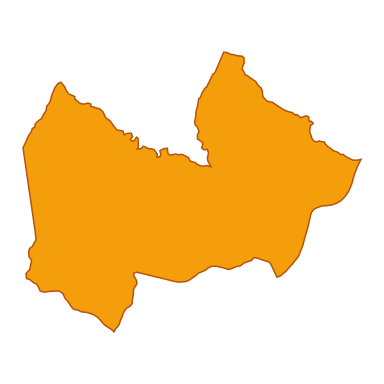 the district of Paranaiguara, Goiás, Brazil
{"feature_id": "56859067B61489046930449", "entity_name": "Paranaiguara", "entity_type": "district", "adm_level": 2, "iso_a3": "BRA", "parent_name": "Brazil", "parent_adm1": "Goiás", "projection": "mercator", "projection_center": [-50.615, -18.805], "detail": "fine", "context": "isolated", "style": "filled", "palette": "amber", "viewbox_px": 384, "rotation_deg": 0, "n_neighbors": 0, "source": "geoboundaries", "source_scale": "gbopen_adm2", "svg_char_len": 3458}
<svg xmlns="http://www.w3.org/2000/svg" viewBox="0 0 384 384"><path d="M361.0,159.3L357.4,160.2L352.6,160.1L345.5,156.4L343.1,154.3L341.1,154.8L337.5,152.1L333.3,150.7L330.2,148.0L328.3,147.0L326.7,145.6L324.0,141.8L321.8,141.8L319.0,140.9L317.1,141.8L314.2,141.3L312.2,138.9L309.6,131.6L310.4,125.8L313.2,123.5L311.5,121.3L309.0,121.3L308.7,116.8L306.2,115.8L300.6,117.7L297.2,114.7L294.5,114.7L292.4,112.6L288.6,111.7L285.8,110.8L282.6,109.1L272.2,102.2L268.2,101.5L266.2,100.5L263.0,96.7L262.0,89.9L261.0,88.0L258.4,85.7L255.8,81.6L249.5,77.3L247.4,75.5L245.1,74.9L243.9,71.6L242.2,69.5L242.7,66.4L244.2,62.9L244.0,57.7L242.1,56.2L237.1,55.7L233.9,54.7L230.3,54.3L227.6,52.7L223.8,52.1L214.9,72.7L212.7,74.4L206.7,86.9L205.1,88.0L203.5,90.6L201.9,93.2L200.6,97.1L198.6,99.1L197.6,105.8L195.8,112.4L196.0,114.8L195.5,117.9L194.7,121.4L195.1,124.9L197.3,127.1L199.0,131.4L197.5,134.7L197.4,138.9L201.6,141.7L203.0,143.8L201.6,147.8L204.0,149.9L207.1,149.3L208.5,152.3L208.0,155.6L207.3,158.0L208.1,161.6L209.2,163.6L211.0,166.7L207.3,165.6L205.0,165.9L202.1,166.2L197.4,164.6L195.2,162.5L193.0,162.0L190.0,160.9L188.8,158.0L186.3,156.4L181.5,154.3L178.8,154.9L175.6,154.0L170.2,155.2L167.9,153.4L167.4,148.3L163.6,148.7L159.9,150.7L160.8,154.4L159.9,156.8L156.9,157.0L157.3,154.0L153.9,149.4L150.6,148.7L148.2,148.6L145.7,147.1L143.3,146.3L141.2,148.6L137.3,149.0L138.4,146.6L138.2,142.6L138.1,138.5L136.5,137.2L134.0,140.8L131.8,140.9L130.1,139.7L132.6,136.7L131.2,133.1L127.2,133.4L124.1,134.8L122.9,131.0L119.5,130.4L116.7,129.9L113.8,126.0L110.0,120.8L107.8,119.1L106.0,118.2L104.7,115.5L102.9,111.7L99.5,108.7L97.3,108.3L93.8,107.1L90.9,106.5L90.9,104.0L87.8,103.1L84.7,104.0L81.6,103.9L78.8,102.6L77.5,101.0L74.6,98.9L74.9,96.6L72.2,95.4L69.1,94.2L67.3,92.1L65.6,89.2L65.0,87.2L60.9,82.2L58.0,83.5L54.8,87.8L51.8,95.2L50.2,101.3L49.1,103.4L46.8,106.0L46.0,110.7L43.8,114.0L41.5,118.5L37.6,121.4L35.3,123.8L34.7,127.4L32.4,128.3L31.4,131.5L28.2,136.3L27.0,139.4L25.0,143.7L23.0,147.7L35.3,232.4L36.1,240.4L34.5,242.1L32.4,246.4L29.7,248.4L28.7,251.2L29.0,256.8L31.6,260.4L29.7,269.6L27.6,271.8L26.0,273.7L26.6,278.6L29.5,279.4L33.2,282.3L36.7,284.3L38.5,287.1L40.1,291.0L43.7,292.1L51.6,291.2L58.8,291.0L61.1,292.1L62.9,293.7L65.1,298.4L67.5,300.9L71.3,306.7L73.1,308.8L75.3,309.8L78.0,310.1L81.2,311.8L87.2,312.5L93.8,314.7L98.1,317.7L104.5,324.9L112.3,330.1L114.0,331.9L115.6,328.7L117.7,326.7L119.2,324.5L119.8,322.4L120.6,320.0L122.1,316.9L123.3,313.2L125.1,310.0L127.1,307.7L130.0,306.3L132.2,303.5L132.4,299.5L132.9,296.9L133.4,294.2L133.4,291.5L133.8,288.9L135.1,286.6L136.8,284.2L136.7,281.3L135.6,278.6L134.0,276.1L133.7,273.1L136.5,272.2L140.9,273.2L142.9,273.7L145.1,274.1L148.0,275.0L150.2,275.5L153.2,276.3L156.2,277.0L158.8,277.5L161.4,278.2L163.3,278.6L171.8,280.8L175.4,281.6L178.7,282.1L182.8,281.8L186.0,281.5L188.2,280.6L190.2,279.5L196.0,275.5L198.0,273.4L205.8,270.0L207.7,268.3L211.1,266.4L213.2,266.1L216.6,266.3L223.7,267.9L227.7,269.3L229.8,269.3L236.3,266.6L240.4,265.8L243.9,263.1L251.7,260.3L253.8,257.6L258.5,258.3L260.5,259.3L269.1,262.0L270.8,264.1L277.0,277.2L280.5,275.8L285.5,271.7L293.1,263.1L297.7,257.4L299.3,254.4L303.1,244.7L304.3,239.5L307.6,228.5L310.5,215.5L311.5,212.4L313.2,210.1L314.8,208.6L320.0,206.6L323.3,205.7L326.5,205.7L331.8,205.0L337.5,202.8L340.0,201.3L342.7,199.1L344.8,196.8L348.5,191.6L351.7,184.2L354.7,173.5L358.0,165.3L361.0,159.3Z" fill="#f59e0b" stroke="#b45309" stroke-width="1.5"/></svg>